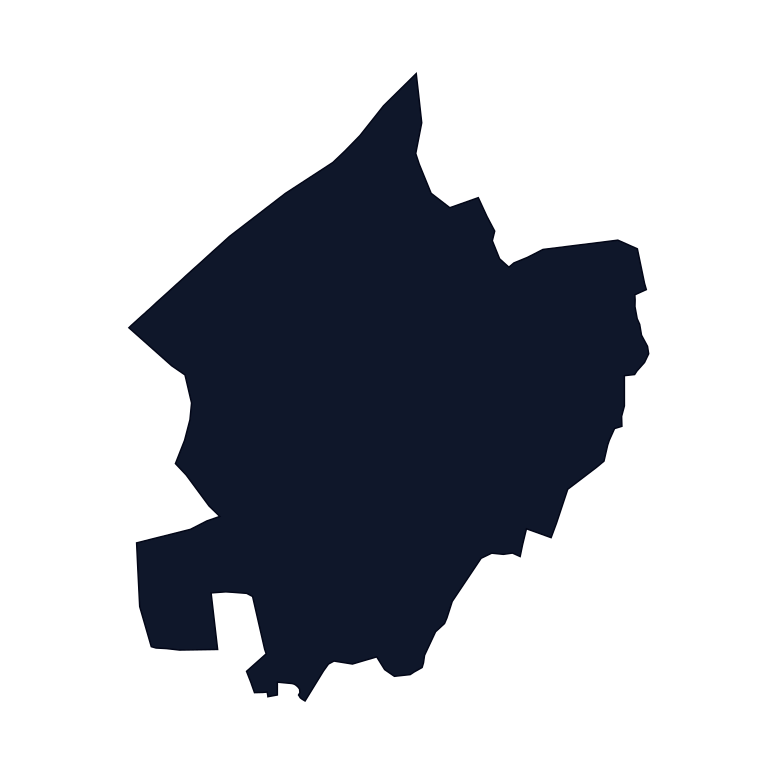 the district of Kaita, Katsina, Nigeria, rotated 352°
{"feature_id": "59680162B53208862785263", "entity_name": "Kaita", "entity_type": "district", "adm_level": 2, "iso_a3": "NGA", "parent_name": "Nigeria", "parent_adm1": "Katsina", "projection": "natural_earth1", "projection_center": [7.748, 13.186], "detail": "fine", "context": "isolated", "style": "filled", "palette": "ink", "viewbox_px": 768, "rotation_deg": 352, "n_neighbors": 0, "source": "geoboundaries", "source_scale": "gbopen_adm2", "svg_char_len": 1945}
<svg xmlns="http://www.w3.org/2000/svg" viewBox="0 0 768 768"><g transform="rotate(352 384 384)"><path d="M459.1,81.1L422.3,108.4L394.7,134.7L377.6,147.9L364.2,157.5L312.9,181.5L251.6,216.3L241.0,223.5L233.1,228.8L227.8,232.4L220.4,237.5L212.0,243.1L203.0,249.2L197.3,253.2L192.5,256.4L181.7,263.8L170.4,271.4L161.7,277.5L161.2,277.8L160.7,278.1L160.3,278.4L159.8,278.7L159.3,279.0L158.8,279.4L158.3,279.7L157.9,280.1L157.4,280.4L154.3,282.4L146.5,287.7L141.9,290.8L139.2,292.8L176.4,336.5L188.2,347.3L190.8,376.0L186.9,392.3L178.7,412.0L166.4,433.8L175.4,446.5L193.8,480.5L203.0,492.3L189.7,494.9L172.1,501.0L116.9,506.9L114.6,531.6L111.1,570.4L117.0,611.7L121.5,613.7L131.7,615.7L144.5,619.0L182.3,623.7L183.7,566.8L188.1,567.1L198.4,567.8L205.2,569.2L218.9,572.2L224.3,576.1L228.9,630.0L229.8,634.8L207.9,649.4L210.9,662.0L210.9,662.3L212.8,671.6L221.5,672.6L225.4,672.8L225.6,676.2L225.5,677.5L235.1,677.1L236.9,664.4L251.2,667.8L252.7,668.4L254.4,669.5L256.4,671.7L257.9,674.2L257.8,677.9L256.1,680.1L256.5,680.9L257.3,682.8L257.6,683.3L258.1,683.7L258.9,684.6L261.7,686.9L284.1,659.8L290.0,653.6L295.9,651.4L313.8,656.9L338.8,653.2L344.9,666.9L353.6,674.9L369.5,675.4L373.9,673.3L377.3,672.0L382.3,670.0L384.3,665.6L386.4,658.3L400.6,636.5L410.6,629.6L413.7,624.5L421.3,608.8L455.9,570.1L467.1,566.5L478.5,569.3L487.7,569.3L494.8,573.8L498.8,562.6L504.9,547.2L528.1,559.4L535.4,545.9L551.3,513.8L582.5,496.3L591.1,491.0L597.0,475.6L599.3,471.0L606.1,460.2L613.7,459.0L614.8,449.1L619.0,439.2L623.2,409.2L633.5,409.5L636.3,406.3L645.0,398.9L650.3,390.9L650.2,383.4L645.8,371.5L645.5,360.5L643.8,354.6L643.3,342.3L644.4,335.6L644.8,330.6L656.9,327.0L656.0,320.6L653.7,285.4L635.6,274.1L560.1,272.9L543.6,278.6L529.5,282.2L523.9,285.7L515.9,276.1L511.2,257.2L514.9,248.0L509.3,232.5L503.3,212.6L473.7,218.6L457.2,201.7L449.5,171.3L447.5,160.2L457.7,130.6L458.6,100.3L459.1,81.1Z" fill="#0f172a" stroke="#020617" stroke-width="1.5"/></g></svg>